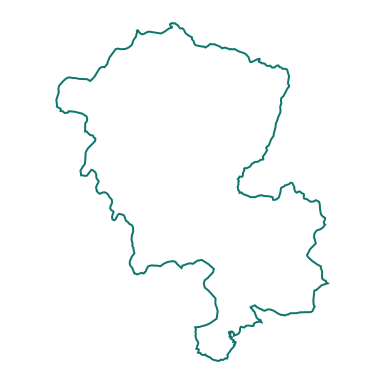 Benenitra, Atsimo-Andrefana, Madagascar (Mercator projection)
{"feature_id": "10022922B93003724204974", "entity_name": "Benenitra", "entity_type": "district", "adm_level": 2, "iso_a3": "MDG", "parent_name": "Madagascar", "parent_adm1": "Atsimo-Andrefana", "projection": "mercator", "projection_center": [45.12, -23.452], "detail": "fine", "context": "isolated", "style": "outline", "palette": "teal", "viewbox_px": 384, "rotation_deg": 0, "n_neighbors": 0, "source": "geoboundaries", "source_scale": "gbopen_adm2", "svg_char_len": 5934}
<svg xmlns="http://www.w3.org/2000/svg" viewBox="0 0 384 384"><path d="M172.3,23.0L170.2,24.0L170.0,24.8L170.9,26.3L172.0,27.1L171.9,27.6L169.0,28.5L164.0,32.0L160.8,33.5L149.2,31.6L147.0,32.2L143.4,34.1L141.3,34.1L139.4,32.6L138.1,30.5L137.3,30.3L136.8,31.0L137.0,32.3L135.9,36.7L133.3,40.4L131.9,44.9L128.7,47.5L125.3,49.0L120.8,49.2L117.7,48.6L115.7,49.1L109.6,57.3L107.5,62.6L107.5,63.6L104.6,67.2L102.5,67.0L100.2,67.7L99.0,69.2L94.4,76.9L90.3,81.0L87.1,79.2L79.4,78.9L75.0,78.0L73.2,78.2L69.9,77.4L68.3,77.5L66.2,78.5L63.4,80.9L59.3,85.5L58.8,86.6L58.4,88.9L58.8,92.4L56.3,100.0L57.0,104.8L56.8,106.7L60.5,108.7L60.8,109.1L60.5,111.1L62.7,111.2L64.4,112.9L65.3,113.0L68.3,112.4L68.8,111.2L74.8,111.8L82.2,113.6L86.5,116.4L87.2,118.4L87.1,119.9L86.7,121.5L85.5,122.9L85.2,123.9L85.1,131.5L86.8,131.5L89.1,134.2L90.3,135.0L93.0,135.6L93.6,137.2L95.2,138.3L95.4,139.8L94.9,141.3L87.9,148.4L86.1,151.5L85.7,152.6L85.1,162.2L84.7,164.0L84.3,164.9L83.0,166.4L80.4,170.9L80.9,172.9L81.1,175.3L82.2,175.2L84.7,175.9L87.0,175.6L91.4,169.8L92.6,170.1L95.4,172.4L96.3,174.7L96.3,177.2L96.7,178.6L98.4,180.6L98.6,181.6L98.2,182.9L96.9,185.1L96.2,186.9L96.1,188.3L96.9,190.3L96.8,191.3L99.6,193.8L103.1,192.4L104.5,192.3L105.9,192.8L107.5,193.9L108.6,195.4L109.1,196.7L111.8,199.7L112.1,202.1L111.6,204.2L110.7,205.7L110.1,208.2L111.3,210.2L112.9,211.0L113.6,211.9L112.0,216.6L112.3,219.0L113.6,220.1L114.7,220.1L115.7,218.9L118.0,214.7L118.8,214.0L119.6,213.9L123.4,215.0L124.2,215.8L125.9,220.7L127.8,221.9L129.2,223.8L131.5,224.9L132.5,226.2L133.1,227.9L133.1,231.4L132.8,233.2L132.1,234.3L131.5,239.4L132.6,243.5L132.3,245.6L132.7,246.8L133.3,247.4L133.4,248.7L134.4,253.3L131.8,256.6L129.9,261.2L129.7,263.3L130.0,265.0L132.3,268.1L134.4,273.5L134.9,273.3L137.1,274.4L141.8,272.8L143.6,273.5L144.4,273.0L144.7,272.1L145.8,271.4L146.4,269.4L148.2,266.3L151.3,265.4L157.5,265.7L160.4,266.2L163.8,263.7L167.9,261.9L173.0,261.1L175.5,261.9L176.9,263.8L181.5,268.0L182.4,265.7L187.9,263.7L190.3,263.3L193.2,263.8L195.4,262.0L198.0,260.5L201.9,260.0L208.4,264.1L213.9,269.0L213.0,272.4L207.7,278.0L204.6,280.4L203.8,283.3L204.8,287.6L208.4,290.5L215.5,298.4L215.4,304.2L216.5,306.9L217.7,311.3L216.6,318.7L209.9,323.4L206.0,325.1L199.0,327.0L195.2,327.3L195.9,329.6L195.4,331.7L195.9,334.0L195.4,335.9L196.2,339.1L198.1,342.1L198.2,343.3L196.4,348.8L198.5,349.2L198.8,349.9L198.7,350.8L198.0,352.7L200.5,353.1L200.8,353.9L202.5,355.0L204.3,355.0L205.3,354.4L206.5,356.0L207.6,356.1L208.2,356.8L210.1,357.3L211.8,359.0L213.3,359.8L218.5,361.0L219.8,360.6L220.8,359.6L223.1,360.0L225.3,358.4L227.2,358.5L227.8,356.3L227.4,355.0L228.9,352.6L230.0,351.5L230.8,349.9L233.0,347.5L234.7,345.1L234.1,344.6L235.7,342.6L235.5,342.0L233.2,341.9L233.7,340.3L230.8,338.6L231.9,337.5L231.8,337.1L230.9,336.5L229.8,336.8L229.5,336.6L230.2,334.8L230.1,334.4L229.3,333.9L228.9,332.7L229.1,332.0L229.9,332.0L230.7,332.6L231.1,331.5L232.6,331.8L232.8,332.3L233.9,333.4L234.0,335.6L237.6,334.2L239.1,333.1L239.9,331.0L240.1,328.3L240.8,326.8L244.3,327.5L246.0,325.9L247.6,325.5L253.1,326.0L253.7,325.6L253.8,323.9L254.2,323.4L256.9,322.0L260.1,321.7L261.4,322.2L260.5,320.0L258.6,319.6L257.9,318.8L256.7,318.0L254.5,311.9L253.9,311.2L253.1,310.8L252.7,309.6L250.6,307.6L250.6,307.2L254.8,305.3L257.0,307.3L258.1,307.6L259.9,308.9L261.0,309.0L262.8,310.2L264.7,310.8L267.6,309.4L269.8,309.4L273.9,310.8L277.5,313.2L281.0,314.9L283.3,315.0L285.0,315.5L286.7,314.5L288.3,314.5L290.4,313.2L296.2,313.2L300.6,312.3L310.8,312.1L312.6,311.0L314.1,307.3L314.7,306.6L313.7,304.8L313.5,303.8L313.4,299.6L314.4,290.6L316.5,289.9L321.6,285.3L327.7,283.3L326.2,282.1L325.7,280.7L324.4,280.4L322.1,278.5L322.1,271.7L321.3,269.1L320.8,268.5L320.9,266.4L317.1,264.4L311.9,260.7L307.8,256.9L307.0,254.9L308.0,253.4L310.2,249.0L315.8,243.5L314.9,239.8L314.0,237.5L314.4,233.7L316.1,231.1L317.3,230.2L319.9,229.5L322.7,227.7L325.1,224.7L324.1,223.8L323.8,222.4L325.2,218.6L324.9,217.8L322.7,216.4L320.9,214.2L319.9,208.2L319.9,205.2L319.1,201.8L315.8,200.2L313.3,201.6L310.8,201.7L309.5,201.2L307.2,199.3L304.1,198.5L303.7,197.5L304.0,194.6L303.6,193.9L301.7,193.1L300.0,191.5L298.6,191.5L296.9,192.7L295.3,191.7L294.3,189.1L294.4,187.4L292.5,183.4L291.7,182.8L290.7,182.8L288.9,184.2L284.9,185.5L284.2,186.3L281.2,187.8L280.6,190.2L280.4,192.5L279.0,197.0L278.5,197.8L276.4,199.4L273.6,200.0L273.0,199.6L272.6,197.3L271.9,196.9L268.1,196.2L264.4,196.0L262.0,195.5L261.6,195.1L259.0,195.6L255.0,197.1L250.6,197.1L247.8,195.8L243.1,194.1L241.6,192.5L239.6,192.9L239.3,191.2L238.2,190.0L237.7,186.7L238.5,184.5L238.3,182.6L238.9,181.2L237.9,179.4L237.8,178.8L239.1,178.0L239.5,176.6L242.0,176.8L242.5,176.4L242.9,175.1L242.9,173.2L244.1,170.8L244.2,168.6L244.8,168.1L246.4,168.3L249.9,166.7L251.9,163.8L253.5,163.0L254.7,162.0L257.7,161.8L260.8,159.8L263.1,159.5L263.4,158.9L263.0,157.9L262.9,156.5L264.6,154.4L267.1,150.2L266.3,148.3L266.4,147.2L268.9,145.3L271.1,139.4L273.5,136.0L273.9,133.4L275.5,127.2L275.9,123.2L276.8,121.7L278.4,116.6L280.2,113.0L280.5,110.3L280.2,106.7L281.4,103.0L280.9,101.1L281.2,98.3L283.7,95.8L287.5,88.3L289.1,86.7L289.1,85.8L288.3,84.3L288.0,82.7L289.1,76.0L288.1,73.3L287.3,70.1L286.5,69.2L285.5,68.9L282.4,68.7L281.0,67.3L279.6,67.1L278.4,65.4L276.7,65.7L274.5,67.5L273.5,67.3L272.5,67.7L271.7,67.3L270.2,65.7L267.8,66.0L266.5,65.5L265.8,65.1L265.3,64.1L263.4,63.3L261.7,63.3L260.9,62.5L259.0,62.0L258.8,61.5L259.7,59.4L259.4,58.8L258.3,58.9L251.9,61.9L250.5,62.1L250.0,61.6L248.5,57.1L246.0,54.3L243.7,53.0L238.7,51.4L234.5,49.0L232.7,49.4L231.0,49.0L229.8,49.4L227.9,48.5L224.5,47.6L222.1,48.3L219.8,46.5L214.0,44.1L212.6,44.4L210.1,44.0L208.3,45.8L207.4,46.1L206.1,47.2L205.4,47.5L204.0,46.7L201.8,46.5L195.5,45.2L194.7,44.3L193.5,41.0L192.0,39.3L191.9,37.2L189.0,35.8L186.5,34.0L185.4,32.9L183.9,29.9L183.0,28.8L182.0,28.3L180.6,28.5L179.9,28.2L178.1,25.6L174.9,23.3L172.9,23.5L172.3,23.0Z" fill="none" stroke="#0f766e" stroke-width="2"/></svg>